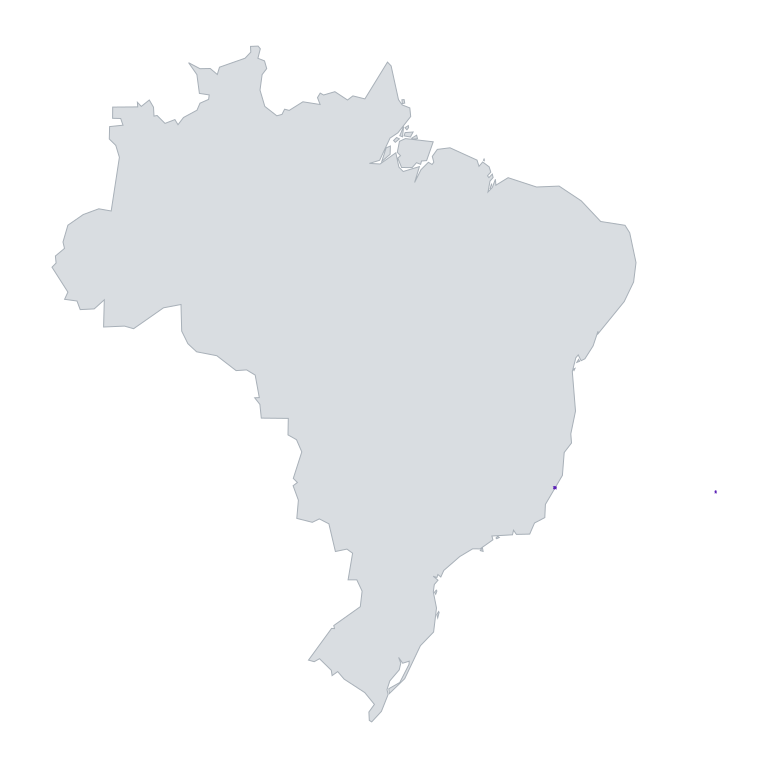 location of Vitória, Brazil
{"feature_id": "56859067B27737346695326", "entity_name": "Vitória", "entity_type": "district", "adm_level": 2, "iso_a3": "BRA", "parent_name": "Brazil", "parent_adm1": "", "projection": "natural_earth1", "projection_center": [-37.558, -20.378], "detail": "fine", "context": "in_parent", "style": "filled", "palette": "violet", "viewbox_px": 768, "rotation_deg": 0, "n_neighbors": 0, "source": "geoboundaries", "source_scale": "gbopen_adm2", "svg_char_len": 4404}
<svg xmlns="http://www.w3.org/2000/svg" viewBox="0 0 768 768"><path d="M157.1,115.5L165.0,123.4L174.9,119.6L178.0,124.7L183.5,117.5L197.0,110.2L200.0,103.2L208.6,99.4L209.2,94.9L199.4,93.4L196.9,74.6L188.6,62.7L200.0,68.7L210.2,68.5L217.3,74.5L219.5,67.2L245.1,58.2L250.8,52.1L250.5,46.4L258.1,46.1L260.3,48.8L257.9,58.3L264.5,60.9L266.7,68.6L262.1,74.6L260.0,90.1L264.8,106.4L276.8,115.8L282.0,114.4L284.6,109.2L289.2,110.4L302.9,101.8L320.1,104.5L317.5,97.6L320.2,93.1L323.6,95.0L334.9,91.7L347.5,100.0L352.9,95.9L364.9,98.9L387.5,62.1L391.1,65.9L398.5,99.7L402.3,105.0L409.8,107.9L410.7,116.5L397.9,132.8L390.0,138.1L379.6,160.3L369.4,163.4L380.1,164.0L395.8,152.8L398.9,167.1L403.2,171.5L419.4,166.6L414.6,182.5L421.0,169.7L428.4,162.3L432.1,164.5L433.8,162.2L432.3,156.4L437.3,149.4L450.0,147.8L477.0,160.1L479.0,166.3L482.7,162.0L489.1,166.8L490.8,172.1L487.5,175.8L488.9,177.6L492.3,174.1L493.1,177.5L490.0,181.1L488.0,192.0L492.3,187.5L495.4,179.3L495.9,185.2L508.1,177.7L536.5,187.0L559.1,186.1L581.3,200.9L600.7,221.5L625.0,225.3L629.7,232.8L636.0,262.6L633.6,282.0L624.2,301.6L598.0,333.8L598.0,331.2L593.1,345.9L584.9,358.8L581.1,360.7L578.2,354.9L575.8,357.8L572.3,371.6L575.5,411.1L570.8,433.9L571.5,443.0L564.2,452.5L562.4,475.4L545.4,504.4L544.8,517.6L534.5,523.0L529.7,534.1L516.4,534.4L513.5,530.2L512.5,534.8L491.9,536.0L492.9,539.8L480.1,548.9L472.7,548.8L459.8,556.5L443.8,570.4L440.8,577.0L437.9,574.5L436.9,577.5L433.2,576.2L438.0,580.2L434.3,584.5L433.3,591.9L436.5,608.0L433.6,632.0L420.4,645.7L404.7,678.7L389.3,693.6L388.8,688.7L399.8,682.5L409.0,664.4L409.2,661.2L402.7,663.2L398.6,657.4L400.8,663.1L399.2,669.9L389.8,680.9L387.0,689.6L388.1,694.5L381.4,711.4L371.7,721.9L369.3,720.4L368.9,712.0L374.4,704.4L364.8,692.6L344.1,679.1L337.7,671.6L332.1,675.6L331.3,670.3L319.5,658.7L314.2,661.7L308.5,660.1L331.6,628.4L334.5,628.6L333.8,625.5L360.3,606.7L362.1,591.1L356.8,579.8L348.1,579.8L352.6,553.2L346.9,549.1L335.4,551.5L328.9,523.8L319.3,518.9L312.3,522.3L296.8,518.4L298.4,500.2L293.1,485.7L297.4,482.5L293.3,478.4L301.8,451.9L296.5,439.7L288.0,434.9L288.3,418.4L261.3,418.1L259.9,404.4L254.7,397.8L259.3,397.6L255.2,375.1L246.6,369.9L236.1,370.6L216.8,355.7L196.6,351.8L187.9,343.7L181.7,331.1L181.0,304.5L163.5,307.8L133.6,328.7L124.5,326.1L103.6,327.0L104.3,299.8L94.2,308.9L80.2,309.6L77.0,301.0L64.6,299.3L67.9,292.1L52.0,267.2L56.1,263.0L55.4,256.0L64.5,248.4L63.0,242.0L67.9,225.2L83.3,214.5L98.8,208.8L111.2,211.0L119.4,157.3L115.8,145.4L109.3,139.0L109.6,126.6L123.0,125.2L120.7,118.5L112.6,118.3L112.7,107.1L137.7,106.9L137.4,102.3L141.3,106.4L149.3,100.0L153.5,107.2L154.0,116.1L157.1,115.5ZM405.4,138.6L433.2,141.8L426.6,160.6L421.5,161.0L420.6,164.3L416.5,162.7L412.1,167.6L401.6,167.5L397.8,158.1L400.5,155.7L397.3,152.3L399.5,141.3L405.4,138.6ZM381.8,161.4L386.1,147.9L390.4,146.0L390.1,154.3L381.8,161.4ZM413.1,132.0L410.4,137.0L404.1,135.9L405.1,132.6L413.1,132.0ZM403.6,126.4L402.5,136.8L399.8,135.7L403.6,126.4ZM417.5,138.6L413.5,139.1L411.7,138.2L416.6,135.2L417.5,138.6ZM399.4,138.9L395.3,142.3L393.6,140.5L396.6,137.5L399.4,138.9ZM406.9,129.8L405.0,127.7L408.3,125.6L408.6,127.6L406.9,129.8ZM404.7,103.1L402.4,103.6L401.9,99.8L404.1,99.6L404.7,103.1ZM437.7,617.9L436.8,614.6L438.6,611.5L439.1,612.4L437.7,617.9ZM482.4,547.6L483.1,551.4L480.3,550.6L482.4,547.6ZM435.7,594.2L434.5,592.2L436.3,590.1L436.9,591.0L435.7,594.2ZM491.6,185.2L489.9,189.1L491.6,183.6L491.6,185.2ZM579.6,361.3L576.8,362.4L578.6,359.4L579.6,361.3ZM499.3,537.5L496.6,538.7L496.0,538.0L497.7,536.3L499.3,537.5ZM575.0,368.4L574.0,370.5L573.3,369.2L575.0,368.4ZM484.2,158.5L484.3,160.7L483.5,160.3L484.2,158.5Z" fill="#d9dde1" stroke="#a8b0b8" stroke-width="1"/><path d="M554.1,488.6L554.3,488.5L554.5,488.5L554.8,488.6L555.0,488.5L555.2,488.4L555.2,488.2L555.0,487.9L555.1,487.7L555.3,487.5L555.5,487.5L555.6,487.8L555.8,488.0L555.8,487.9L555.8,487.6L555.9,487.4L556.0,487.3L556.0,487.2L555.4,487.0L555.4,487.3L555.4,487.2L555.2,487.0L554.9,487.0L554.9,486.9L554.7,486.9L554.7,487.0L554.4,487.0L554.5,487.1L554.4,487.3L554.4,487.5L554.2,487.7L554.2,487.8L554.1,488.0L553.9,488.2L554.0,488.4L554.0,488.5L554.1,488.6ZM716.0,491.9L715.9,491.9L715.9,491.7L715.7,491.7L715.5,491.4L715.4,491.3L715.3,491.5L715.4,491.8L715.5,491.9L715.5,492.0L715.6,491.9L715.6,492.0L715.7,491.9L715.8,491.9L715.9,492.0L715.9,491.9L716.0,491.9Z" fill="#8b5cf6" stroke="#5b21b6" stroke-width="1.5"/></svg>